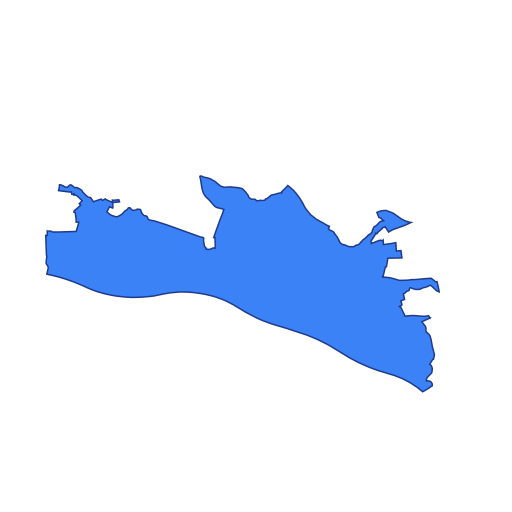 outline of Neder-Betuwe, Gelderland, Netherlands, rotated 19°
{"feature_id": "6326949B61475164445939", "entity_name": "Neder-Betuwe", "entity_type": "district", "adm_level": 2, "iso_a3": "NLD", "parent_name": "Netherlands", "parent_adm1": "Gelderland", "projection": "orthographic", "projection_center": [5.585, 51.922], "detail": "fine", "context": "isolated", "style": "filled", "palette": "blue", "viewbox_px": 512, "rotation_deg": 19, "n_neighbors": 0, "source": "geoboundaries", "source_scale": "gbopen_adm2", "svg_char_len": 6044}
<svg xmlns="http://www.w3.org/2000/svg" viewBox="0 0 512 512"><g transform="rotate(19 256 256)"><path d="M457.8,330.1L462.7,324.4L463.2,323.6L463.2,323.3L464.1,322.4L464.1,322.1L464.9,321.4L464.8,320.9L464.6,320.1L464.3,319.6L463.3,318.6L462.5,318.1L461.5,317.8L460.4,317.8L459.4,318.0L457.8,318.6L457.3,317.7L457.4,315.3L460.2,309.2L459.9,307.4L459.5,305.6L459.2,305.1L459.3,305.0L458.4,303.6L457.6,302.7L456.8,302.2L455.6,301.9L455.9,299.9L456.9,295.9L457.4,295.8L457.0,291.8L456.6,290.8L454.3,287.3L452.4,284.5L448.5,277.6L446.6,275.0L445.8,274.3L445.1,273.8L441.8,272.3L440.8,271.1L440.2,268.8L439.1,267.4L438.6,267.0L435.5,265.1L434.3,264.1L440.5,258.2L440.8,257.9L440.9,257.7L440.7,257.7L440.7,257.8L438.6,256.3L435.2,258.1L429.9,259.6L426.4,260.4L422.3,261.7L416.4,264.4L415.3,263.0L412.7,260.5L410.4,258.0L409.4,257.4L408.0,257.0L409.8,255.4L409.7,254.2L407.6,251.3L410.4,248.8L410.6,248.7L407.7,243.8L408.9,242.5L410.0,240.4L411.9,238.8L412.0,238.4L411.7,236.9L411.9,236.0L412.6,235.7L415.4,235.8L418.0,235.6L421.7,234.2L424.5,231.5L426.1,230.6L428.3,228.9L429.6,227.4L430.3,227.1L431.0,227.0L431.9,227.3L438.1,230.1L440.9,230.3L440.8,230.0L437.9,225.1L435.5,221.4L435.3,221.7L434.8,221.8L434.0,221.8L430.1,220.4L429.6,220.3L428.8,220.5L428.6,220.1L422.5,222.7L418.8,224.4L413.8,226.6L410.5,227.8L409.6,228.4L406.2,229.9L399.7,232.3L399.0,232.4L393.9,232.6L388.9,233.1L385.1,234.0L382.6,234.7L382.3,234.2L382.8,234.0L381.9,224.3L382.5,224.1L382.8,223.5L381.4,215.1L394.6,210.3L391.3,203.7L387.1,205.6L385.0,200.7L384.8,200.6L385.0,200.5L383.8,197.9L379.6,200.3L372.8,203.7L371.0,199.5L370.7,200.1L370.2,200.4L369.8,200.5L368.7,200.5L367.3,201.4L366.8,201.5L366.2,202.3L364.9,203.2L363.4,204.7L362.2,205.5L361.0,206.6L360.2,205.0L359.9,204.6L360.2,203.5L360.8,201.0L361.1,199.9L361.5,198.1L361.9,195.3L363.0,195.7L363.6,194.2L363.8,193.0L364.3,192.6L365.3,190.8L366.3,189.2L366.4,188.9L366.3,188.2L366.5,187.9L367.5,187.3L367.8,187.3L368.0,186.9L368.6,186.3L373.6,190.2L374.2,189.4L377.7,185.6L377.8,185.7L386.6,178.7L391.7,173.8L389.7,174.1L385.5,174.2L381.7,173.7L371.9,170.9L369.3,170.7L364.0,170.6L359.9,172.4L356.5,175.0L356.1,175.4L359.7,179.6L361.0,179.5L365.2,181.1L362.4,182.8L361.6,184.2L360.1,187.6L358.7,189.5L358.2,189.9L357.9,191.8L357.7,193.8L357.8,194.5L358.0,195.2L357.7,196.3L357.2,197.3L357.1,197.7L356.3,198.4L356.0,198.9L356.0,199.3L355.5,199.4L355.3,199.8L354.8,200.9L354.6,201.6L353.9,202.6L353.8,203.3L352.8,204.6L351.8,206.0L351.3,207.2L351.2,208.1L350.6,208.6L350.4,209.5L350.0,210.5L349.5,211.4L349.0,212.0L346.9,213.4L345.8,214.9L345.2,215.4L343.5,216.2L342.7,216.2L341.6,216.7L340.2,216.9L336.5,216.6L333.9,216.9L331.6,216.2L330.3,215.3L329.3,214.1L326.3,211.4L323.2,209.4L321.6,208.0L320.2,207.7L316.8,207.3L315.6,206.3L315.7,204.0L313.8,203.9L301.2,201.6L294.2,199.2L288.0,195.3L286.2,193.9L283.0,190.8L279.4,187.8L275.8,185.2L273.0,183.4L270.2,181.8L265.1,179.7L263.1,179.0L262.0,181.7L259.4,186.8L259.3,187.1L259.8,187.5L259.8,188.0L259.0,188.2L257.4,189.0L252.9,192.1L250.9,193.2L250.4,193.8L248.2,197.3L248.1,197.5L247.6,198.3L246.8,198.7L246.4,199.0L246.3,199.3L246.4,199.9L245.8,200.7L243.0,201.8L242.0,201.9L239.2,203.5L238.3,203.4L236.9,202.7L235.7,202.9L233.3,203.8L230.6,203.1L230.2,202.9L229.0,201.4L225.7,199.1L222.2,197.2L221.1,196.8L220.0,196.8L214.9,197.6L212.5,198.3L210.0,198.8L208.4,199.4L207.1,199.8L204.7,201.0L202.9,201.4L199.7,201.4L192.2,198.6L190.2,198.4L187.9,197.9L185.2,197.9L181.0,198.4L178.0,198.2L177.1,198.7L177.0,199.0L177.2,199.4L179.0,202.3L182.3,208.6L183.5,210.6L185.3,213.1L187.5,215.2L189.7,216.6L193.7,218.4L199.8,221.9L201.2,222.6L202.4,222.8L203.6,222.9L208.8,222.4L210.5,222.5L210.4,223.8L210.5,226.5L210.2,233.8L210.0,246.1L210.0,248.0L210.0,252.3L210.7,252.1L210.8,252.2L211.2,252.0L213.3,257.3L214.3,260.2L214.8,262.1L213.5,262.1L213.0,262.3L212.3,262.8L211.4,263.7L209.9,264.9L206.6,265.8L206.5,265.1L206.2,264.7L205.0,264.1L204.1,263.4L201.6,259.1L200.7,256.2L200.5,255.9L200.0,255.7L197.6,256.1L161.3,255.6L148.3,255.9L145.7,256.4L143.5,256.5L141.9,256.2L140.5,254.5L139.7,254.0L138.9,253.9L136.9,254.2L135.6,253.6L133.9,252.4L132.1,250.2L131.6,249.7L131.3,249.7L128.6,250.3L128.3,250.5L127.5,251.5L126.8,252.0L125.3,252.7L124.3,253.0L123.5,252.8L121.9,251.8L121.4,251.5L120.8,251.5L119.9,251.9L119.6,252.3L119.2,253.7L117.2,256.5L116.2,258.9L115.4,260.4L114.3,261.7L112.4,263.7L111.5,264.3L109.2,264.6L106.2,264.6L103.9,264.1L100.7,262.8L101.4,257.2L104.9,257.3L104.7,256.1L104.3,255.0L103.0,252.2L109.3,249.3L108.0,247.5L103.1,249.7L102.0,249.9L102.8,252.0L100.9,251.9L95.9,251.5L94.9,251.0L92.8,253.4L91.0,252.6L84.6,257.6L81.0,254.9L80.5,254.7L79.8,254.7L78.5,255.0L77.5,254.8L75.1,253.8L71.5,252.0L69.8,250.6L68.0,250.1L65.8,249.7L64.0,249.7L62.3,250.4L61.5,250.2L59.9,249.5L58.3,249.0L57.7,249.1L57.1,249.3L56.5,249.9L55.6,252.0L55.1,252.4L54.6,252.6L52.7,253.0L51.4,252.5L50.8,252.4L48.1,252.3L47.1,252.6L47.2,252.8L47.1,253.0L47.7,255.5L47.9,257.1L48.0,258.5L58.6,256.3L60.5,255.6L61.7,257.6L62.1,257.5L63.7,256.4L63.7,257.7L65.7,257.2L66.7,257.2L73.6,260.2L71.9,264.1L73.7,264.9L72.0,268.1L69.4,272.4L69.4,272.6L69.6,273.9L70.9,273.7L74.0,279.9L74.9,282.5L77.5,281.7L78.0,291.3L62.6,297.2L55.8,299.6L54.6,299.3L53.4,299.4L52.2,299.8L50.8,300.5L50.5,300.4L52.0,304.5L50.5,305.0L57.4,323.0L58.4,324.7L58.9,327.3L59.5,330.0L60.2,331.7L61.3,332.4L62.9,333.8L63.5,335.2L64.1,341.3L69.9,340.6L77.4,340.0L83.9,339.8L93.6,339.9L101.0,340.4L108.6,341.1L112.5,341.3L118.1,341.4L125.8,340.9L132.4,340.1L137.2,339.3L145.2,337.5L150.7,336.0L155.4,334.4L162.1,331.8L169.7,328.4L172.9,326.8L180.9,322.0L186.4,319.0L194.7,315.2L199.3,313.6L203.7,312.2L209.2,310.8L215.3,309.6L220.2,308.8L228.5,308.0L231.4,307.9L238.8,308.0L242.5,308.3L250.6,309.5L264.5,312.5L277.1,314.4L283.3,314.9L293.2,315.1L307.5,314.5L330.4,314.2L341.3,314.9L351.1,316.2L354.4,316.7L377.1,321.7L386.5,323.2L393.4,323.9L400.4,324.4L406.8,324.5L409.7,324.5L426.1,323.9L434.3,324.3L442.4,325.5L445.4,326.2L451.9,327.9L457.8,330.1Z" fill="#3b82f6" stroke="#1e3a8a" stroke-width="1.5"/></g></svg>